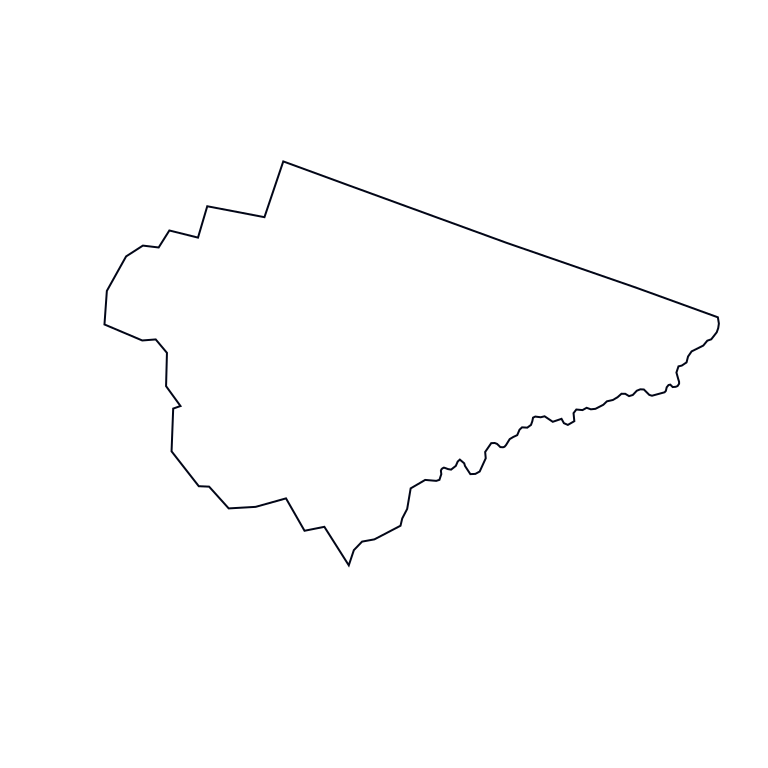 Rabun, Georgia, United States of America (Albers equal-area conic projection), rotated 21°
{"feature_id": "52423323B22473202242420", "entity_name": "Rabun", "entity_type": "district", "adm_level": 2, "iso_a3": "USA", "parent_name": "United States of America", "parent_adm1": "Georgia", "projection": "albers", "projection_center": [-83.284, 34.858], "detail": "fine", "context": "isolated", "style": "outline", "palette": "ink", "viewbox_px": 768, "rotation_deg": 21, "n_neighbors": 0, "source": "geoboundaries", "source_scale": "gbopen_adm2", "svg_char_len": 1663}
<svg xmlns="http://www.w3.org/2000/svg" viewBox="0 0 768 768"><g transform="rotate(21 384 384)"><path d="M671.8,202.1L586.1,203.7L447.5,208.3L279.8,211.2L210.2,212.3L212.6,271.1L155.3,281.4L157.9,314.0L128.6,317.6L124.7,337.3L109.3,341.2L97.5,357.3L91.9,396.4L101.7,428.6L142.7,430.0L154.9,424.2L170.2,432.7L181.3,464.1L201.9,477.5L196.0,482.5L209.8,523.0L247.7,545.8L257.5,542.5L283.6,555.8L308.2,544.7L333.5,525.9L362.4,549.5L379.5,538.7L416.1,565.9L415.4,549.9L420.0,539.0L430.7,532.5L450.2,510.4L449.2,503.0L450.4,492.3L446.3,471.9L456.8,458.8L467.5,455.7L470.1,453.6L469.8,447.6L468.2,444.6L468.2,443.1L468.8,441.8L469.9,440.6L471.9,440.5L474.2,440.5L477.3,439.9L480.4,434.7L480.6,430.0L481.9,427.4L487.3,429.3L489.0,431.5L496.9,437.2L501.5,435.2L504.7,431.4L505.6,416.9L502.8,411.2L505.3,400.8L508.5,399.4L511.0,399.4L513.4,400.4L515.2,401.2L517.8,400.4L519.0,399.4L519.8,397.3L521.1,390.4L523.7,387.1L526.7,384.0L526.9,378.1L528.4,375.0L533.4,373.4L535.9,369.5L535.8,365.6L535.2,362.0L536.9,360.2L542.2,358.9L545.5,356.6L555.1,358.8L562.2,352.9L566.0,356.1L570.3,356.3L575.0,350.5L571.4,343.3L572.7,338.9L578.7,337.2L581.7,333.6L586.2,333.5L590.3,331.4L596.2,324.8L598.3,320.3L603.4,316.9L606.8,312.6L609.2,308.0L612.8,306.7L617.1,307.5L620.2,305.1L622.4,299.7L625.2,297.1L628.6,296.0L635.6,299.1L638.4,298.9L648.9,291.2L649.6,289.4L649.1,285.8L650.0,283.0L651.5,282.0L654.6,283.4L657.3,282.1L658.8,280.7L659.4,278.0L658.7,276.2L656.9,273.9L652.9,268.5L652.6,262.0L655.4,260.1L658.7,255.4L658.0,249.4L659.5,243.3L668.3,233.7L670.3,227.7L673.5,225.0L676.1,216.5L676.0,212.1L675.0,207.6L671.8,202.1Z" fill="none" stroke="#020617" stroke-width="2"/></g></svg>